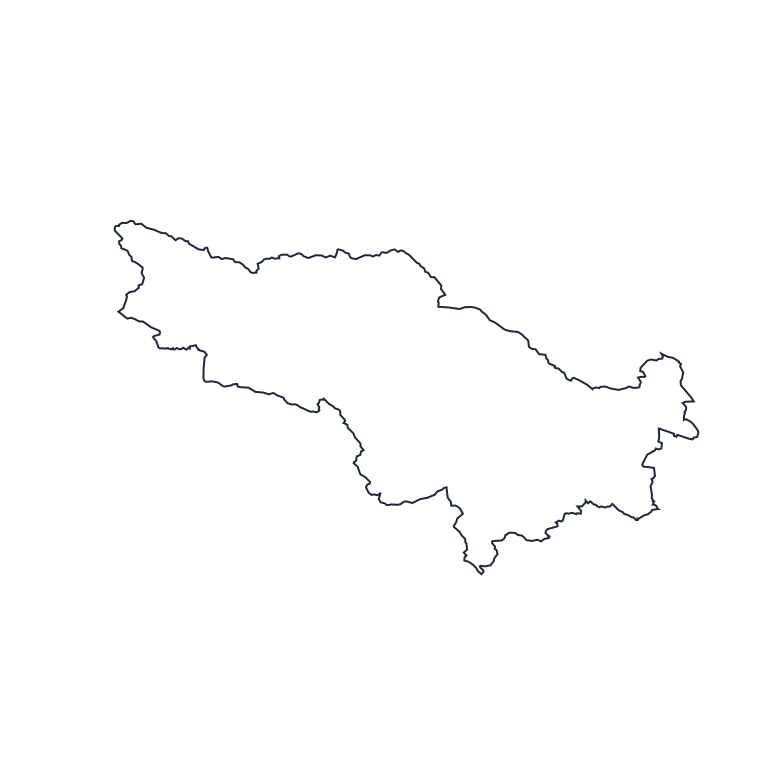 Sigi, Sulawesi Tengah, Indonesia (Equal Earth projection), rotated 113°
{"feature_id": "22746128B27078250924142", "entity_name": "Sigi", "entity_type": "district", "adm_level": 2, "iso_a3": "IDN", "parent_name": "Indonesia", "parent_adm1": "Sulawesi Tengah", "projection": "equal_earth", "projection_center": [119.97, -1.462], "detail": "fine", "context": "isolated", "style": "outline", "palette": "slate", "viewbox_px": 768, "rotation_deg": 113, "n_neighbors": 0, "source": "geoboundaries", "source_scale": "gbopen_adm2", "svg_char_len": 6106}
<svg xmlns="http://www.w3.org/2000/svg" viewBox="0 0 768 768"><g transform="rotate(113 384 384)"><path d="M266.0,379.3L267.3,382.5L264.3,386.8L264.6,389.8L261.9,392.2L261.2,396.3L259.4,398.9L259.6,401.1L255.3,411.4L255.0,415.0L254.2,417.3L254.2,419.9L255.0,421.4L256.9,422.5L256.0,426.9L258.6,430.2L261.9,432.4L262.8,434.2L263.2,436.7L264.0,437.7L267.6,438.4L268.4,441.8L271.0,444.0L270.9,446.9L273.0,452.0L280.0,458.6L280.9,463.2L280.0,465.3L277.6,467.6L278.3,470.1L277.3,474.2L277.9,478.6L278.7,479.4L281.1,478.6L286.6,478.6L286.9,483.7L290.2,486.9L290.1,491.7L292.0,496.9L297.6,502.9L297.8,508.2L296.7,510.4L296.7,512.8L297.6,514.4L302.7,519.0L303.5,520.8L302.8,523.8L304.8,528.4L307.5,530.8L309.2,529.5L311.4,533.7L311.4,536.7L313.5,538.3L314.4,540.8L316.2,543.1L319.5,544.3L322.7,547.3L326.9,544.4L329.5,545.7L331.3,544.9L333.3,548.9L332.9,551.1L331.1,554.2L330.9,557.4L329.2,560.5L328.5,564.7L330.0,568.8L328.1,571.5L329.9,578.9L332.4,582.1L331.7,586.0L334.7,591.4L334.9,592.6L330.3,597.9L327.7,599.9L328.6,601.8L331.2,602.4L332.5,607.2L331.1,618.2L329.1,620.3L330.1,622.5L329.1,626.7L330.2,630.3L333.1,632.0L331.1,637.9L331.8,639.8L330.4,643.9L331.9,647.3L331.9,656.0L333.0,664.0L331.3,670.0L334.1,675.1L332.1,678.4L332.9,681.1L336.4,683.9L338.1,688.2L340.9,690.0L342.0,689.6L343.1,692.2L344.7,693.0L347.9,691.9L352.3,681.6L353.8,681.7L356.1,683.6L358.5,682.4L359.5,680.1L361.7,678.8L361.5,672.3L364.6,669.0L365.8,666.1L369.0,664.3L369.3,658.7L371.0,652.0L372.2,651.1L376.6,650.5L380.0,646.3L386.8,645.6L389.1,648.5L391.3,647.3L396.1,649.9L398.7,654.0L402.6,656.2L403.7,654.9L406.6,654.2L415.9,653.6L421.2,656.7L424.1,645.9L421.9,642.7L421.6,638.7L422.1,634.2L420.7,630.3L422.8,620.7L422.8,611.8L423.7,610.5L426.2,609.9L429.6,614.3L431.0,615.0L433.9,609.9L438.3,606.1L438.9,604.9L436.3,597.9L435.4,597.2L435.4,593.6L433.6,592.2L434.4,591.7L434.3,590.5L431.8,588.7L432.1,586.3L430.7,583.9L429.0,583.0L429.6,579.3L427.8,578.6L427.2,576.5L425.6,577.7L421.8,572.4L423.2,571.1L424.4,568.1L425.1,568.1L424.5,561.7L426.4,558.5L429.8,559.4L439.7,556.3L449.4,552.4L451.6,550.1L451.3,548.1L448.7,543.2L447.5,537.4L448.9,531.3L448.6,529.6L445.0,524.1L443.1,522.6L441.4,519.2L443.4,517.7L443.2,515.5L440.3,507.3L441.5,499.3L439.1,492.0L438.5,486.0L435.5,482.4L436.2,477.5L435.8,471.1L437.1,470.0L439.4,465.3L438.8,460.4L437.4,458.1L437.2,455.6L438.0,452.5L438.3,441.0L437.0,438.4L436.5,435.1L434.6,433.5L433.5,433.2L432.7,434.2L430.5,434.6L428.5,437.4L426.8,436.4L424.0,437.0L422.6,435.3L422.1,433.5L421.1,433.6L424.0,426.3L424.2,422.5L425.6,419.4L425.2,416.4L425.7,414.4L426.6,413.3L429.4,412.3L432.4,405.9L433.4,405.2L435.7,406.0L435.9,401.8L438.5,400.2L441.3,393.0L444.6,389.7L447.4,383.5L448.6,382.0L450.5,381.4L452.9,377.0L455.1,378.8L458.5,378.1L461.4,380.8L465.7,379.6L467.6,381.2L468.6,381.1L470.5,375.9L476.4,370.5L477.2,364.4L479.6,358.7L481.0,358.1L483.5,360.2L486.1,360.2L490.2,355.5L490.9,352.1L489.4,349.6L489.1,347.2L487.7,345.5L485.4,344.6L491.9,343.9L494.2,340.8L493.6,336.4L494.3,334.5L494.0,333.0L492.1,330.4L489.7,323.9L487.8,321.5L485.4,320.3L483.6,318.5L482.4,311.3L475.8,305.7L471.9,299.7L466.2,294.1L462.3,293.0L458.7,289.4L456.3,288.2L454.7,286.1L463.7,281.0L466.5,276.2L469.8,274.5L467.9,270.6L468.2,268.2L468.9,265.5L472.6,260.7L478.9,263.9L483.4,263.6L487.4,264.3L488.3,263.8L490.6,256.5L492.7,253.9L494.9,248.8L498.0,247.2L498.6,245.8L504.0,242.8L508.0,244.7L509.7,241.0L511.7,242.2L515.1,241.1L514.6,236.6L515.6,231.3L517.6,226.7L519.5,224.6L521.0,220.1L517.8,219.0L516.7,219.9L515.1,223.9L514.3,224.5L513.3,223.5L512.6,220.1L509.2,215.1L503.6,213.7L501.3,214.4L496.2,213.0L493.0,215.4L492.3,217.8L490.3,218.3L488.0,222.6L486.2,222.8L481.9,214.3L478.7,212.8L475.5,213.2L474.6,212.0L472.8,211.4L471.2,209.2L469.9,204.8L470.7,202.0L469.7,198.3L470.1,196.1L472.1,191.8L470.5,186.2L467.4,181.9L467.5,177.9L464.0,176.0L461.3,172.1L460.6,173.0L459.6,172.3L458.4,176.8L457.2,177.5L454.0,177.1L447.2,168.7L444.9,169.8L444.3,171.8L441.4,169.5L441.4,167.3L439.9,166.1L432.8,166.9L431.5,165.2L431.4,163.6L429.1,160.6L428.6,155.9L427.5,155.7L426.5,152.2L423.8,153.0L421.1,158.0L419.3,154.0L414.2,152.1L412.4,152.9L414.0,149.6L411.4,148.2L413.0,143.6L412.4,142.6L413.4,138.8L413.3,137.4L411.7,136.1L411.3,132.0L409.7,130.7L408.6,128.2L405.1,127.0L408.5,118.7L408.7,114.2L409.7,112.0L409.3,108.5L409.9,103.8L409.3,102.2L410.8,98.7L409.9,97.3L408.7,98.1L408.2,96.8L402.7,92.8L401.1,90.4L396.9,88.0L395.1,88.0L392.0,82.8L391.9,83.6L389.7,85.8L389.5,88.2L390.0,89.6L386.6,89.4L386.8,90.9L385.2,91.6L384.3,93.1L381.4,94.0L373.9,98.7L369.1,98.5L366.9,100.6L365.5,99.3L362.9,98.6L355.7,102.7L358.7,113.1L357.2,114.9L346.3,114.1L338.9,108.5L337.2,108.6L336.9,105.7L335.0,103.5L329.8,105.0L329.7,109.0L325.5,109.9L317.6,113.6L316.5,97.6L318.4,96.9L318.3,94.3L316.2,94.2L315.3,82.3L316.0,82.3L315.3,82.3L314.4,78.3L312.3,77.9L310.3,75.0L305.9,75.7L304.2,76.9L300.4,83.1L298.9,86.8L298.4,91.4L299.0,93.5L299.8,94.0L295.4,95.6L293.8,95.4L292.3,96.5L290.4,95.8L287.9,96.5L287.1,97.0L284.7,101.7L282.4,99.4L279.1,92.1L276.3,96.1L269.2,110.2L265.2,112.2L263.0,111.7L256.5,113.1L252.0,118.4L249.5,118.4L249.0,121.1L248.1,121.3L247.0,128.0L248.1,133.4L247.7,140.5L249.6,138.1L251.9,137.8L253.7,141.1L255.8,142.3L257.3,148.1L259.8,150.8L268.7,154.1L271.9,153.3L271.8,150.1L274.6,146.5L275.8,147.0L276.7,149.7L278.8,152.7L281.4,148.8L282.5,148.2L285.0,148.3L286.6,147.6L287.8,148.3L290.0,152.4L290.7,157.8L293.1,159.4L297.8,165.9L299.6,173.6L299.8,179.0L301.9,183.5L303.8,184.5L304.4,187.6L305.9,189.5L307.3,189.9L305.3,196.8L304.2,206.7L304.2,211.9L306.1,213.2L307.6,212.9L308.1,214.8L307.7,218.1L303.3,222.5L303.3,225.0L301.6,229.4L302.3,232.6L302.1,233.4L300.7,233.5L300.7,240.3L297.9,242.5L297.0,244.6L294.0,246.8L296.0,253.0L292.8,258.0L293.9,261.8L293.2,265.1L287.7,268.2L284.5,276.7L283.7,281.1L285.7,287.1L286.7,292.3L286.6,295.1L284.1,305.4L283.9,311.6L280.4,317.3L279.1,322.4L277.9,324.7L278.2,330.7L279.3,334.6L281.9,339.9L285.4,343.6L288.2,354.1L291.7,364.2L287.9,365.4L286.8,366.7L282.8,367.0L277.9,362.5L274.2,368.7L271.0,369.7L266.0,379.3Z" fill="none" stroke="#1e293b" stroke-width="2"/></g></svg>